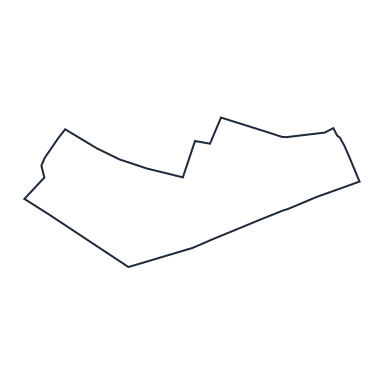 outline of Fakaifou, Tuvalu, rotated 89°
{"feature_id": "33948139B58863011361490", "entity_name": "Fakaifou", "entity_type": "district", "adm_level": 2, "iso_a3": "TUV", "parent_name": "Tuvalu", "parent_adm1": "", "projection": "natural_earth1", "projection_center": [179.2, -8.516], "detail": "fine", "context": "isolated", "style": "outline", "palette": "slate", "viewbox_px": 384, "rotation_deg": 89, "n_neighbors": 0, "source": "geoboundaries", "source_scale": "gbopen_adm2", "svg_char_len": 538}
<svg xmlns="http://www.w3.org/2000/svg" viewBox="0 0 384 384"><g transform="rotate(89 192 192)"><path d="M130.6,49.6L134.9,58.1L138.8,96.6L138.5,101.0L132.9,117.3L118.1,161.7L144.0,173.2L141.1,188.1L177.2,200.9L167.8,236.5L158.2,263.8L146.8,286.2L127.1,317.7L135.3,324.4L155.3,338.7L163.1,342.1L175.0,339.4L196.0,359.7L211.1,336.7L265.9,256.9L247.9,192.4L239.6,172.2L220.3,123.0L211.9,100.8L210.8,96.7L199.2,67.7L184.5,24.3L157.6,35.0L148.7,38.7L140.3,43.2L138.1,45.9L130.6,49.6Z" fill="none" stroke="#1e293b" stroke-width="2"/></g></svg>